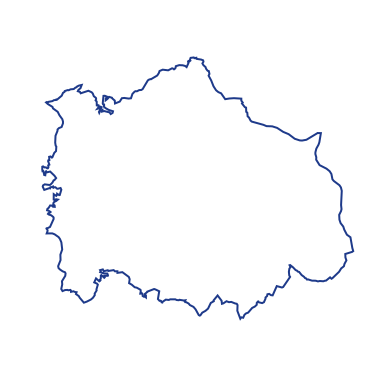 outline of Zalha, Salaj, Romania, rotated 261°
{"feature_id": "2599482B19870008229772", "entity_name": "Zalha", "entity_type": "district", "adm_level": 2, "iso_a3": "ROU", "parent_name": "Romania", "parent_adm1": "Salaj", "projection": "albers", "projection_center": [23.526, 47.196], "detail": "fine", "context": "isolated", "style": "outline", "palette": "blue", "viewbox_px": 384, "rotation_deg": 261, "n_neighbors": 0, "source": "geoboundaries", "source_scale": "gbopen_adm2", "svg_char_len": 5854}
<svg xmlns="http://www.w3.org/2000/svg" viewBox="0 0 384 384"><g transform="rotate(261 192 192)"><path d="M276.5,255.3L278.1,248.1L278.5,243.5L278.5,239.3L284.9,236.2L286.5,233.7L288.7,231.7L293.0,229.8L299.2,228.4L304.3,226.6L305.9,227.7L308.8,227.5L309.3,226.4L311.5,225.2L313.3,224.9L315.5,223.1L317.4,222.4L318.9,223.7L320.3,223.6L321.4,221.7L322.8,217.3L323.9,217.3L323.8,215.3L324.6,214.8L324.7,211.6L322.7,210.5L322.0,210.9L321.3,209.8L321.9,208.9L321.5,208.5L319.8,208.6L316.2,206.2L317.6,204.9L318.6,202.6L319.3,199.2L318.8,195.7L317.2,195.2L316.0,193.8L316.0,193.3L316.7,192.8L317.3,191.7L315.9,187.5L317.4,182.2L316.6,178.9L314.6,177.8L312.5,175.9L309.8,169.1L310.0,168.7L309.7,167.0L309.1,165.8L301.3,159.3L300.7,157.8L300.9,155.8L300.1,153.4L300.4,151.9L300.1,151.0L298.2,148.5L294.1,146.4L294.2,144.0L295.5,139.8L295.6,137.4L292.6,134.8L291.5,129.8L294.4,130.0L297.0,127.8L297.6,127.7L298.9,125.1L297.2,123.1L296.1,121.1L298.0,121.5L299.1,123.6L300.7,120.9L300.8,119.6L293.5,117.7L292.5,117.9L292.2,118.2L292.2,118.8L291.7,118.9L290.2,118.2L288.3,119.8L286.1,122.6L284.1,126.6L282.5,125.9L281.7,123.9L283.5,123.1L285.7,117.9L285.5,115.8L287.0,116.3L286.4,113.9L284.7,112.8L285.6,112.6L288.8,114.9L289.3,114.2L289.0,111.6L290.5,113.2L289.3,115.7L289.8,115.9L290.3,115.5L291.4,113.2L292.3,113.2L292.5,112.7L292.2,111.9L292.4,111.5L296.3,112.0L297.6,111.1L298.9,111.9L300.0,111.8L302.0,110.0L304.8,109.4L306.2,108.5L308.2,105.5L306.9,97.5L308.4,97.0L309.4,95.0L310.6,95.8L312.0,98.1L315.0,99.8L314.8,97.0L314.2,95.0L313.5,94.3L313.4,93.3L312.2,91.3L312.4,88.1L311.8,86.1L312.1,85.1L311.6,82.1L310.8,81.7L310.1,80.1L307.5,78.4L304.3,73.1L304.2,72.6L304.6,72.3L304.2,71.7L304.3,70.0L303.6,68.3L303.5,64.3L303.0,63.7L303.6,62.7L303.3,61.9L301.5,63.3L297.9,67.5L296.3,67.8L292.2,71.9L288.5,73.1L284.2,75.3L281.8,75.6L280.0,75.3L276.6,73.4L275.9,70.5L274.8,69.0L273.4,68.7L268.9,66.0L262.1,64.6L259.1,64.6L258.1,65.1L253.7,64.1L252.2,62.1L248.1,59.5L247.9,59.0L249.2,57.9L249.1,56.4L245.8,56.1L245.9,55.2L245.1,54.7L241.3,55.4L240.8,54.1L239.0,54.1L238.0,53.4L238.0,52.7L239.2,51.6L239.3,50.3L240.6,48.9L240.4,48.1L237.6,47.6L236.0,47.6L236.1,48.3L235.5,48.5L231.9,48.7L231.5,49.7L235.2,50.8L235.3,51.2L234.1,51.8L234.4,55.1L229.6,58.7L227.0,60.0L225.2,57.9L225.2,57.2L223.1,55.6L221.3,53.2L221.3,52.1L222.6,47.7L221.8,45.9L220.6,45.4L217.2,46.4L218.1,51.7L217.8,52.4L218.9,52.9L218.8,54.5L219.2,55.6L217.9,55.8L218.2,56.7L218.0,57.9L216.4,59.2L216.2,59.9L216.5,62.8L214.7,63.3L209.7,60.9L209.7,60.3L211.4,58.5L210.1,58.1L209.4,57.3L211.5,55.1L206.1,54.2L205.7,54.8L206.1,56.7L205.5,58.3L204.4,56.5L203.8,54.4L202.8,53.4L201.0,52.9L200.4,53.0L200.7,53.7L200.2,54.2L198.8,54.1L199.2,52.4L200.1,51.7L200.4,51.9L200.9,49.8L198.8,48.0L197.9,46.5L196.6,46.0L196.0,47.4L194.4,49.2L194.1,49.1L193.5,46.8L192.9,46.3L192.1,47.1L191.0,49.3L189.1,51.0L188.5,51.3L187.0,51.1L179.7,46.3L178.8,43.4L178.9,42.7L178.6,42.5L177.2,43.3L176.2,43.3L173.8,42.0L173.0,47.5L171.7,49.7L168.3,53.2L166.3,54.2L162.7,55.1L155.5,54.8L150.7,52.2L145.3,51.5L139.7,48.2L137.7,48.3L136.1,49.5L133.9,51.8L132.6,54.0L131.4,54.4L129.0,53.7L124.2,49.6L121.1,49.4L116.7,47.7L114.4,48.6L115.0,51.3L114.8,53.6L114.3,54.4L114.3,56.6L113.5,57.0L112.3,56.9L112.5,59.3L111.5,60.9L111.1,62.3L109.4,61.4L106.9,63.9L105.2,64.5L99.6,67.9L100.2,71.0L101.6,75.3L103.0,77.6L105.3,79.8L106.9,80.0L109.7,82.4L110.8,82.4L115.2,84.5L116.4,83.8L118.0,81.3L121.7,83.7L118.5,86.3L119.3,86.9L118.8,87.4L119.1,87.7L119.4,87.4L120.9,88.4L123.8,88.9L124.1,89.5L121.0,91.9L121.4,92.5L122.9,92.4L122.4,95.7L122.9,96.0L124.7,95.6L125.4,92.2L127.2,88.8L128.0,89.4L129.2,89.0L129.5,91.8L127.6,92.5L127.9,96.6L127.1,97.0L127.1,102.4L125.7,103.5L125.4,105.9L123.8,105.7L123.7,110.7L118.0,116.3L115.6,116.8L111.8,115.6L109.9,118.0L106.9,120.5L106.2,122.4L103.5,125.8L102.1,125.9L99.7,125.0L99.6,125.8L99.9,126.6L98.9,127.2L97.0,127.0L96.0,128.2L96.0,129.2L95.1,130.0L97.1,130.3L97.7,129.3L98.7,129.5L100.3,132.3L100.6,132.3L102.1,139.4L101.5,140.6L99.1,144.1L91.6,141.6L89.6,142.9L89.6,143.9L89.2,144.4L87.8,144.7L87.5,145.4L88.1,145.7L89.8,149.3L89.0,152.2L89.4,153.7L88.6,158.7L87.7,160.0L87.3,161.5L87.2,162.1L87.5,162.7L86.1,167.0L86.1,168.5L84.9,167.7L84.3,168.1L84.4,168.6L82.4,171.2L80.7,172.2L78.3,175.5L75.5,177.2L69.4,179.4L68.7,180.3L68.9,181.0L71.2,183.2L72.5,186.7L74.3,189.6L79.5,193.2L80.7,196.4L81.5,196.3L85.8,201.1L80.0,204.2L76.9,204.1L77.1,205.5L78.7,209.0L77.4,211.3L77.3,213.6L75.2,217.1L74.6,218.7L73.2,219.3L67.6,218.2L59.3,219.9L60.5,221.1L59.8,222.9L62.5,224.6L63.6,226.3L64.1,228.6L68.1,233.3L69.0,236.1L70.0,237.6L70.5,238.3L72.3,238.6L73.5,239.9L73.5,240.3L72.8,240.3L71.3,243.9L71.9,245.8L75.1,247.9L76.3,248.1L77.5,249.9L79.2,250.5L79.3,252.3L77.8,253.8L77.3,255.5L85.8,261.0L83.6,265.9L83.9,267.2L92.8,275.6L94.3,275.0L98.0,275.2L101.1,276.2L102.4,277.5L104.4,276.9L104.5,277.5L101.8,280.0L98.7,282.1L97.9,283.4L96.9,284.0L96.3,285.3L92.8,287.3L90.7,289.4L89.3,290.2L88.9,291.1L87.5,291.9L87.5,293.0L85.7,296.6L85.0,300.4L84.0,302.4L84.1,304.3L83.3,307.7L83.6,309.6L83.5,310.5L86.1,315.0L84.5,316.2L84.9,317.2L90.2,324.8L93.2,327.4L94.9,330.4L97.2,331.4L100.3,333.8L103.3,333.3L106.8,333.7L107.8,340.8L108.4,342.0L111.6,341.6L122.5,341.4L125.6,338.3L131.0,336.5L134.2,336.0L138.0,333.9L141.6,333.3L146.4,333.8L149.8,336.2L151.7,337.0L155.8,337.2L169.7,340.1L173.2,339.8L175.6,338.7L180.7,333.8L182.5,332.7L188.0,332.5L191.0,331.2L194.0,328.5L198.6,322.2L204.5,319.7L206.9,320.2L210.2,319.8L211.9,320.1L215.4,321.6L219.0,324.4L221.3,325.6L230.0,328.5L230.6,325.3L225.7,313.2L225.6,308.8L226.1,306.5L228.5,301.8L234.0,296.5L237.1,291.5L242.0,286.1L244.3,281.5L245.4,275.9L247.2,273.0L252.2,262.0L253.4,261.0L256.7,259.9L258.0,258.8L261.8,259.0L262.7,258.1L266.9,258.6L267.5,257.5L271.6,255.2L272.4,256.1L274.5,255.0L276.5,255.3Z" fill="none" stroke="#1e3a8a" stroke-width="2"/></g></svg>